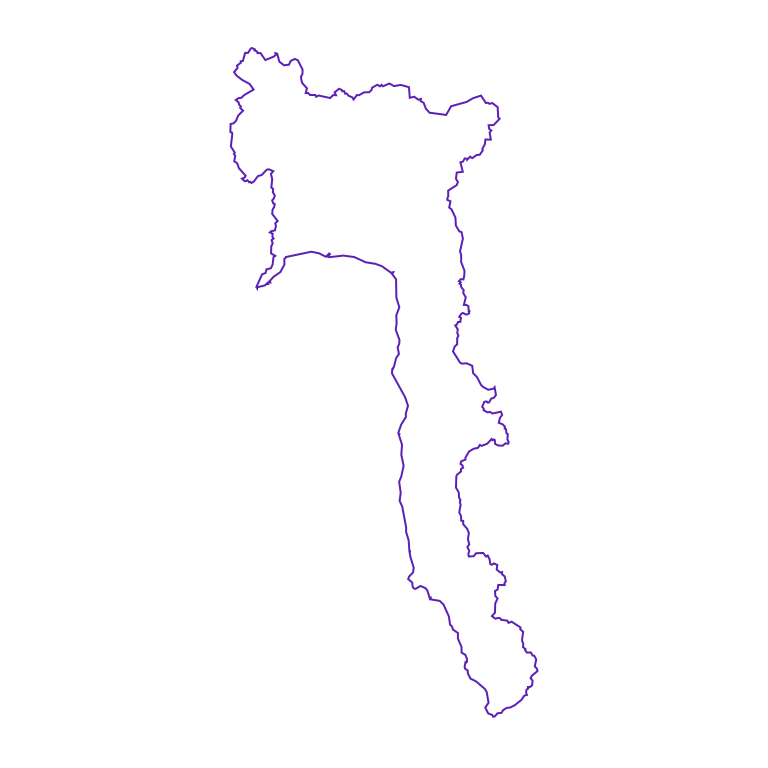 outline of North Santo, Sanma, Vanuatu, rotated 188°
{"feature_id": "77236927B16584952276885", "entity_name": "North Santo", "entity_type": "district", "adm_level": 2, "iso_a3": "VUT", "parent_name": "Vanuatu", "parent_adm1": "Sanma", "projection": "mercator", "projection_center": [166.801, -15.037], "detail": "fine", "context": "isolated", "style": "outline", "palette": "violet", "viewbox_px": 768, "rotation_deg": 188, "n_neighbors": 0, "source": "geoboundaries", "source_scale": "gbopen_adm2", "svg_char_len": 6148}
<svg xmlns="http://www.w3.org/2000/svg" viewBox="0 0 768 768"><g transform="rotate(188 384 384)"><path d="M523.1,461.3L523.2,462.1L515.8,465.0L513.7,467.5L513.5,466.6L512.4,467.0L512.7,468.0L512.0,469.4L510.8,468.9L511.2,470.5L508.3,474.8L502.2,480.4L499.2,488.5L500.1,494.0L498.5,495.9L499.6,495.8L474.3,504.9L466.6,504.4L459.2,501.9L456.4,505.6L455.6,504.9L457.8,502.4L455.6,502.0L442.2,505.5L431.3,505.6L419.1,502.0L409.2,501.8L402.3,500.3L392.6,495.2L390.4,496.0L390.8,494.7L392.0,494.8L386.6,489.3L383.8,471.4L379.5,462.1L381.4,453.7L380.0,446.3L379.9,439.3L374.8,429.7L374.5,425.7L375.6,422.3L373.4,415.8L375.6,411.3L376.5,402.6L377.6,399.1L377.2,401.4L377.9,400.1L377.6,395.7L361.3,373.9L357.2,365.8L358.3,357.9L357.7,354.4L361.3,346.3L363.0,337.8L362.6,336.6L361.0,336.8L362.4,336.2L357.7,326.3L357.0,316.3L353.2,305.8L354.0,294.9L355.4,289.3L352.3,278.6L352.3,270.5L348.9,265.2L342.1,245.0L341.5,240.5L337.8,232.6L335.6,222.0L334.1,222.0L335.4,221.5L333.9,216.7L329.0,206.2L329.0,201.4L332.4,196.8L332.9,194.2L328.4,191.3L327.4,187.2L326.0,185.7L324.3,185.5L319.7,189.1L314.8,187.7L312.4,185.7L308.7,177.8L308.0,178.8L307.4,177.2L298.7,177.0L294.4,173.9L287.4,162.9L285.1,154.9L282.9,153.3L281.5,150.4L276.1,147.7L275.4,142.2L270.6,134.3L269.8,128.8L265.7,127.1L263.6,123.4L263.3,121.0L264.4,120.1L263.7,119.7L264.7,118.5L264.8,115.1L264.0,113.3L261.2,111.9L260.7,109.1L257.4,104.3L251.4,102.3L241.7,96.1L239.4,93.2L236.1,82.9L238.7,77.7L235.0,72.3L230.7,71.3L229.6,69.7L228.0,70.3L225.8,73.7L221.9,74.7L220.6,77.7L217.5,80.3L213.8,81.3L209.6,84.3L203.9,90.4L201.7,94.9L199.2,96.0L200.4,98.3L200.3,101.3L198.8,102.5L199.3,104.0L197.2,104.3L195.4,106.3L195.6,111.0L197.9,113.1L197.0,115.7L192.1,121.0L192.7,123.1L195.4,125.4L194.9,132.3L197.4,135.8L199.0,135.8L201.2,138.6L205.1,137.9L207.3,140.2L206.9,141.1L209.7,142.8L209.9,146.0L211.7,149.4L211.7,158.0L214.9,160.0L214.9,161.9L224.6,166.4L227.4,164.8L229.0,166.8L235.2,166.8L236.2,168.1L238.1,168.3L241.2,167.1L244.8,169.2L242.3,173.0L243.3,182.2L241.7,187.4L244.2,189.5L245.3,194.4L242.9,196.3L242.9,200.9L236.5,201.7L237.0,203.6L235.9,205.6L237.7,210.3L240.6,212.0L240.9,214.2L242.6,213.5L246.6,215.9L246.6,220.6L250.3,221.6L252.0,220.0L253.7,220.6L255.0,225.0L257.4,228.6L258.9,227.3L262.3,230.5L269.3,229.2L271.3,225.9L276.0,225.0L276.8,227.2L276.4,230.7L278.7,234.0L277.3,237.1L279.3,242.1L279.2,248.1L281.4,252.1L286.0,256.1L286.5,259.4L288.4,259.3L289.5,264.2L291.6,267.3L291.3,275.1L292.5,277.7L292.1,279.4L294.0,282.3L294.8,286.9L298.3,291.4L299.5,302.5L299.1,304.3L295.6,308.1L295.9,310.6L294.0,312.2L295.1,314.4L297.1,315.5L296.9,318.0L292.8,320.6L293.1,322.5L290.4,329.0L286.3,332.3L282.0,333.9L280.6,337.0L278.8,336.3L273.5,339.2L269.8,344.5L268.7,343.4L267.5,344.4L266.5,343.9L265.6,340.1L262.3,339.0L257.9,339.4L255.5,342.1L252.6,342.2L252.4,343.7L254.1,346.3L254.4,351.5L255.9,352.3L256.9,356.2L258.3,356.6L258.3,358.5L260.9,360.6L264.9,361.5L264.5,366.4L262.7,369.8L264.3,372.9L272.4,369.9L275.2,371.1L277.4,370.3L281.7,371.9L281.8,373.5L283.6,375.1L282.2,380.3L279.9,381.0L278.6,380.0L277.4,380.4L275.8,384.5L273.3,385.6L271.6,388.7L274.0,396.1L274.7,394.7L279.9,392.8L285.5,394.9L287.8,396.6L292.9,403.8L297.2,407.1L299.2,414.3L304.9,416.0L309.7,415.0L311.6,415.7L320.2,425.9L319.2,430.9L317.1,433.5L317.9,439.7L317.0,442.2L318.5,444.5L318.6,448.4L321.6,451.9L320.2,452.9L319.3,455.7L317.1,456.1L317.0,460.2L318.8,460.9L317.4,464.0L315.8,465.4L312.6,464.2L310.9,464.7L309.4,466.0L310.2,467.6L309.5,468.2L310.7,469.5L311.2,472.7L313.4,473.8L315.9,473.4L315.1,481.2L318.2,485.1L318.2,488.1L321.0,490.7L321.6,493.0L323.2,493.8L322.2,495.4L324.1,496.2L322.6,498.5L319.9,498.6L319.6,502.4L320.0,507.2L324.6,515.6L325.6,522.8L327.2,525.8L326.1,538.9L328.3,545.2L330.6,545.6L334.9,550.9L336.4,558.7L341.5,566.4L344.0,567.8L343.6,574.2L346.9,575.1L347.1,576.5L346.5,579.0L347.4,584.5L339.8,590.9L338.9,594.2L341.3,597.3L341.4,603.5L335.5,605.1L339.2,614.2L336.7,615.3L335.5,618.6L333.0,618.7L332.8,617.7L330.3,621.1L328.1,619.9L324.0,623.7L321.1,624.3L318.7,629.1L319.3,630.7L317.5,635.4L317.6,640.2L312.2,640.9L314.4,647.7L313.0,650.0L315.3,651.2L316.4,654.8L311.5,655.7L306.4,662.7L308.0,664.0L310.0,674.0L315.9,677.3L318.6,676.1L320.2,677.0L322.2,676.4L328.1,683.1L335.6,679.4L341.5,674.8L356.2,668.4L359.9,659.1L376.7,659.0L380.8,662.4L383.9,668.0L387.0,669.2L387.1,671.4L389.5,670.3L394.1,672.7L398.3,671.0L400.6,681.4L409.1,682.5L415.5,680.4L420.5,682.3L426.4,678.7L428.1,679.9L429.4,678.2L432.2,679.4L437.0,675.8L437.2,673.6L439.3,670.8L444.2,670.1L449.0,666.5L451.1,666.3L453.7,661.5L455.4,663.5L459.2,664.5L461.5,666.5L462.9,666.1L464.3,668.5L466.0,668.1L466.7,669.3L469.6,670.1L473.5,665.9L471.7,663.3L474.6,663.0L477.1,659.7L488.9,660.6L491.1,659.0L492.2,660.6L497.5,659.9L499.7,661.7L502.0,661.2L501.5,666.1L506.9,670.7L508.3,674.0L509.0,676.8L507.9,679.5L508.4,684.1L514.4,692.6L517.6,693.5L521.5,690.8L522.5,687.0L527.3,685.7L532.5,688.6L535.7,696.2L537.6,696.5L537.0,694.8L538.8,692.8L546.6,688.3L552.3,694.5L555.3,694.1L555.8,695.5L558.7,696.4L558.5,697.4L561.6,698.3L562.7,697.6L564.7,693.0L567.6,692.6L568.7,684.3L570.8,683.7L570.5,682.2L573.9,678.8L573.0,676.6L575.9,672.0L572.8,668.8L567.0,665.5L558.8,662.4L554.1,657.4L562.6,650.7L565.2,647.5L567.7,646.9L570.3,644.6L567.1,642.6L566.5,640.6L564.3,638.8L564.9,637.4L561.6,635.1L565.7,629.6L567.2,623.9L569.3,621.2L572.1,620.1L571.2,612.1L569.5,611.8L569.0,610.2L568.7,597.9L564.0,592.4L564.7,591.0L563.1,589.2L563.3,583.7L560.1,582.2L557.7,577.5L550.0,571.0L550.5,569.3L553.2,567.6L551.3,566.2L549.6,565.4L547.6,566.8L545.6,565.0L544.6,565.6L543.2,564.6L541.1,566.4L537.7,572.4L534.2,573.9L530.0,579.9L527.6,580.6L523.3,579.3L525.2,576.3L523.2,571.3L522.9,562.8L521.0,561.9L520.7,558.3L518.4,555.6L518.8,552.6L520.3,550.3L518.8,547.4L517.3,547.1L517.3,544.3L518.6,541.3L518.4,536.9L512.0,530.6L514.0,528.1L513.0,525.4L513.4,520.9L517.1,519.6L518.1,518.2L515.2,517.4L515.0,514.2L513.6,512.7L515.3,510.9L513.8,507.7L514.8,504.8L514.0,497.6L509.5,495.7L511.1,494.2L510.9,486.8L512.1,482.9L516.3,481.2L516.7,477.5L520.0,475.6L523.9,462.2L523.1,461.3Z" fill="none" stroke="#5b21b6" stroke-width="2"/></g></svg>